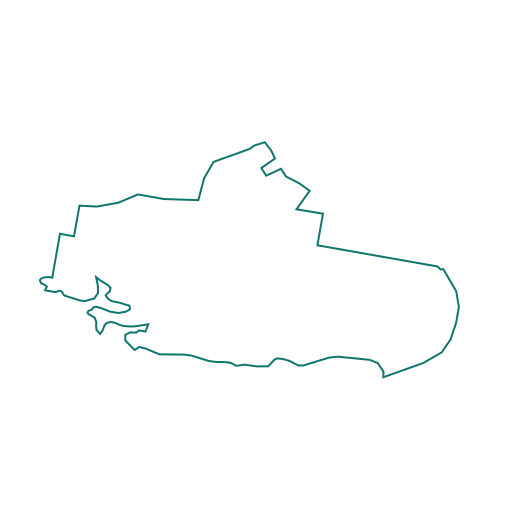 map outline of Ar Rayyān (Robinson projection), rotated 280°
{"feature_id": "QAT-1100", "entity_name": "Ar Rayyān", "entity_type": "Municipality", "adm_level": 1, "iso_a3": "QAT", "parent_name": "Qatar", "parent_adm1": "", "projection": "robinson", "projection_center": [50.968, 25.185], "detail": "fine", "context": "isolated", "style": "outline", "palette": "teal", "viewbox_px": 512, "rotation_deg": 280, "n_neighbors": 0, "source": "natural_earth", "source_scale": "10m", "svg_char_len": 1703}
<svg xmlns="http://www.w3.org/2000/svg" viewBox="0 0 512 512"><g transform="rotate(280 256 256)"><path d="M225.0,464.7L207.7,462.1L193.3,455.6L179.6,439.2L158.7,402.4L164.1,401.7L171.6,394.6L173.5,386.1L171.1,354.3L168.7,345.8L156.4,321.6L155.5,316.6L158.5,307.3L159.2,300.7L158.9,294.7L157.1,292.1L149.5,287.2L147.4,275.8L147.0,263.6L144.4,255.7L146.4,249.6L146.0,242.6L144.7,235.2L144.4,227.9L146.7,209.8L146.5,202.9L142.4,177.8L145.7,163.4L146.1,156.8L142.4,152.7L150.2,141.9L155.7,141.0L158.9,145.2L159.8,151.3L162.4,153.8L162.4,160.3L170.0,161.8L165.5,148.3L164.5,142.6L164.1,136.6L164.7,132.8L165.7,128.9L165.9,124.7L164.1,120.6L161.8,119.0L155.5,117.7L152.2,116.0L155.5,111.8L159.2,110.7L163.2,110.2L167.1,107.9L168.0,106.0L169.8,100.9L171.0,99.9L172.9,100.6L174.7,103.7L176.8,104.4L178.3,107.0L177.8,112.6L175.9,121.6L175.9,128.6L176.2,131.1L178.5,137.4L179.8,139.2L181.9,141.1L184.8,140.2L185.4,139.3L185.2,137.7L186.3,129.9L186.5,121.9L187.8,118.3L191.0,114.8L193.0,115.8L195.4,118.1L199.3,118.3L201.2,116.0L205.2,106.3L207.4,102.2L199.4,105.4L192.1,106.8L186.1,104.2L181.9,95.3L181.6,90.6L183.7,74.8L184.4,73.3L187.2,70.9L187.8,69.1L187.4,67.7L186.0,65.7L185.6,64.3L185.6,54.3L189.6,55.3L191.0,52.7L191.9,49.1L194.6,47.3L196.5,48.4L198.2,51.3L199.2,55.1L199.3,59.1L243.8,59.1L243.8,73.4L274.9,73.4L277.1,90.9L284.6,111.2L296.1,129.0L296.1,155.4L301.0,189.5L323.5,191.4L341.3,197.8L360.3,231.0L364.4,235.0L369.6,245.0L362.4,252.7L355.3,257.8L343.6,246.0L336.9,252.1L346.2,265.4L339.5,271.8L335.0,286.2L329.5,297.5L309.0,287.8L309.3,314.6L277.2,314.6L277.2,436.6L274.8,440.1L275.5,442.3L275.6,442.7L256.1,459.3L241.2,464.6L225.0,464.7Z" fill="none" stroke="#0f766e" stroke-width="2"/></g></svg>